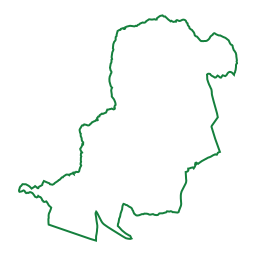 Teso North, Western, Kenya
{"feature_id": "3690345B58286800051126", "entity_name": "Teso North", "entity_type": "district", "adm_level": 2, "iso_a3": "KEN", "parent_name": "Kenya", "parent_adm1": "Western", "projection": "natural_earth1", "projection_center": [34.335, 0.681], "detail": "fine", "context": "isolated", "style": "outline", "palette": "green", "viewbox_px": 256, "rotation_deg": 0, "n_neighbors": 0, "source": "geoboundaries", "source_scale": "gbopen_adm2", "svg_char_len": 5771}
<svg xmlns="http://www.w3.org/2000/svg" viewBox="0 0 256 256"><path d="M219.9,151.9L215.2,138.8L211.5,126.8L211.8,125.8L217.8,117.3L217.0,113.3L213.6,101.2L212.0,95.0L211.8,93.4L211.8,92.1L211.5,89.9L211.2,88.9L210.7,88.0L209.7,85.7L209.2,84.8L208.2,82.2L207.3,79.4L207.2,78.0L207.2,76.7L207.0,74.6L207.8,73.9L208.9,73.7L210.1,74.0L210.8,75.0L211.8,75.8L213.0,76.4L214.9,77.6L215.9,77.4L217.6,75.6L218.3,76.0L220.3,77.6L221.2,77.5L221.8,76.4L222.7,75.3L225.2,76.1L226.2,75.4L226.8,74.7L227.5,73.4L228.5,72.4L229.5,71.9L230.7,72.0L231.9,72.6L232.7,73.3L233.2,74.0L234.0,74.8L234.2,73.7L235.1,72.0L235.2,71.1L235.6,70.0L236.0,66.9L236.0,65.0L236.3,64.1L237.0,63.3L236.9,62.4L236.6,61.5L236.9,60.4L236.3,56.1L236.3,55.1L235.8,53.0L234.5,50.9L233.8,50.2L233.0,47.9L232.7,46.8L232.6,45.8L232.1,45.1L231.0,44.6L230.3,43.8L229.8,42.9L228.7,40.4L225.9,38.2L224.7,37.5L223.7,37.2L220.1,35.4L219.1,35.5L218.2,35.2L216.1,34.3L215.2,33.6L214.2,33.2L213.2,33.9L212.6,34.9L211.6,35.5L210.4,36.6L209.4,38.5L208.7,39.3L207.9,40.0L206.9,40.7L205.9,41.0L204.0,41.0L203.1,41.2L202.0,41.0L201.2,41.1L200.2,40.4L197.1,36.7L195.8,36.2L194.8,35.4L194.5,34.1L194.1,32.9L193.5,31.9L192.8,31.1L191.9,29.9L190.6,29.2L189.5,28.2L189.3,27.0L188.8,26.3L188.0,25.4L187.6,24.4L187.6,23.4L186.6,22.6L185.9,20.9L185.2,20.2L184.0,19.7L182.9,19.7L182.2,19.9L180.4,20.8L179.3,21.0L177.0,20.1L176.1,20.6L175.9,21.7L174.8,21.6L173.6,21.9L172.4,21.5L171.4,20.8L170.5,21.3L169.7,20.5L168.6,19.8L165.0,16.4L164.1,16.6L163.3,16.2L162.6,15.4L160.2,15.9L159.1,16.6L156.9,18.3L156.7,19.5L155.5,19.6L154.5,19.2L152.0,19.6L149.1,19.3L146.1,21.3L145.5,22.2L144.7,22.6L143.8,22.7L142.6,22.5L140.0,23.6L139.3,24.4L137.9,24.9L136.8,26.0L135.6,25.8L134.7,26.3L133.7,26.3L132.5,26.1L130.0,25.8L127.6,26.4L126.8,26.6L125.1,27.4L125.2,28.4L124.6,29.0L123.8,28.9L123.2,28.1L120.9,28.9L120.4,29.9L119.5,29.9L117.6,31.0L116.6,34.8L116.6,36.0L115.8,36.9L115.6,38.2L115.7,39.3L115.4,40.4L114.1,42.0L113.3,44.3L113.2,45.2L113.1,46.1L112.9,48.4L113.4,49.3L113.2,50.3L112.3,52.3L112.1,53.6L111.6,57.2L112.1,59.1L111.5,59.7L111.5,61.2L111.3,62.7L110.7,63.6L110.0,67.7L110.6,70.4L111.4,71.5L111.4,72.8L110.8,73.6L110.6,74.5L109.7,76.7L109.4,78.9L109.5,81.5L110.7,85.9L111.4,87.0L112.1,87.7L111.5,88.8L111.2,90.6L111.8,94.7L111.8,96.6L114.0,99.4L114.6,100.8L115.2,102.3L115.5,103.6L115.6,104.9L114.9,105.5L114.3,107.4L114.9,108.1L114.6,109.0L113.7,109.4L112.8,109.1L111.8,108.6L110.6,109.0L109.4,109.2L108.5,109.6L107.3,109.6L106.1,112.5L102.8,113.9L102.0,113.6L99.7,115.2L99.4,116.4L98.3,116.5L97.0,118.2L97.5,119.0L97.7,120.1L96.9,120.4L96.1,120.0L95.1,121.0L93.9,121.4L91.8,122.5L91.3,123.3L90.0,124.3L89.4,125.1L88.7,125.4L87.7,125.4L86.4,124.9L84.2,124.4L83.4,125.4L82.3,125.3L81.7,126.0L79.7,129.4L79.6,130.2L80.1,132.8L80.8,133.7L80.6,134.7L80.8,136.4L81.4,137.5L81.7,138.8L81.7,139.8L82.0,140.7L82.5,141.7L83.2,142.3L83.1,144.4L82.3,144.2L82.1,145.5L81.5,146.8L80.2,148.9L80.5,150.0L80.9,150.9L81.6,151.8L82.1,152.6L81.0,153.2L80.8,155.4L81.3,156.4L80.9,157.4L80.8,160.7L81.1,161.8L80.6,163.2L80.6,164.5L81.2,165.3L80.8,166.4L80.2,167.3L79.4,169.9L79.3,170.8L78.9,171.6L78.0,172.1L76.1,171.8L75.1,172.7L74.4,172.4L73.4,172.6L73.7,174.1L72.5,173.3L70.1,174.2L69.3,175.3L68.2,174.6L66.3,174.6L65.5,175.1L63.3,176.6L62.9,177.3L61.9,177.4L59.5,179.9L58.7,180.1L58.0,180.9L54.7,183.1L53.9,184.0L52.5,184.7L49.9,184.2L49.4,183.3L47.5,182.6L43.9,181.0L42.5,183.6L42.2,185.0L40.5,186.0L39.4,186.5L38.6,187.2L38.3,188.1L37.5,188.1L36.8,187.4L35.1,186.1L34.5,186.7L31.6,188.6L30.7,187.6L29.6,186.5L28.5,185.7L25.9,184.3L22.5,184.2L21.2,185.9L20.4,186.5L19.8,187.5L19.6,188.6L19.2,189.5L19.0,190.9L19.5,191.8L20.7,191.6L21.9,191.3L22.9,190.7L23.7,190.4L24.5,190.9L25.5,192.5L26.2,193.1L27.1,192.7L28.0,193.0L28.8,192.8L29.4,192.2L30.6,192.2L32.3,193.0L33.0,193.7L33.6,194.6L34.3,195.4L34.9,196.6L36.7,197.4L37.6,197.0L38.2,195.9L39.3,196.8L40.4,197.1L41.1,197.8L42.1,199.5L42.3,200.4L43.0,200.8L43.5,201.7L44.6,201.9L46.3,201.4L47.0,202.3L48.0,203.9L48.5,204.9L49.4,206.0L50.4,206.8L51.2,207.6L50.8,209.1L49.7,212.0L49.2,212.9L48.8,214.1L48.6,215.7L48.7,218.0L48.4,218.9L48.4,219.8L48.5,223.2L48.7,224.6L90.3,238.9L96.0,240.6L96.1,236.2L96.6,233.7L97.0,231.0L97.1,229.0L97.3,227.6L97.3,225.4L96.4,219.8L96.1,217.1L95.6,214.2L95.6,213.0L96.2,211.7L96.9,212.5L101.6,221.6L102.6,223.0L103.8,224.2L105.3,225.3L107.9,227.1L112.0,229.7L122.3,236.1L125.9,238.2L128.1,238.7L130.4,238.9L131.5,238.5L131.0,237.8L130.6,236.6L130.1,235.8L128.6,235.2L127.8,234.6L126.5,233.9L125.2,233.0L121.9,230.3L119.2,227.3L117.8,226.0L117.9,224.7L118.1,223.5L118.5,222.7L119.2,218.5L119.7,217.6L120.1,216.4L120.6,213.6L121.6,210.7L122.1,209.4L122.4,206.7L122.7,205.5L123.5,203.9L124.6,204.2L125.8,204.9L126.9,205.1L129.4,206.8L130.3,207.2L131.4,207.9L132.1,209.0L132.5,210.1L133.1,210.9L133.4,211.9L134.2,213.7L134.9,214.2L135.6,214.9L136.4,215.4L137.6,215.5L139.2,215.2L142.0,214.1L143.6,214.1L144.3,213.6L145.3,213.7L146.6,213.7L147.9,213.9L148.8,214.4L150.0,214.7L153.0,214.1L154.4,214.8L155.7,215.0L156.8,215.1L157.9,214.9L159.4,213.4L162.7,213.3L164.0,212.9L166.2,212.3L167.0,211.3L169.5,211.6L170.8,211.2L171.7,211.5L172.8,212.2L173.5,212.1L177.5,212.6L178.5,212.2L178.9,211.1L179.7,208.9L180.8,206.1L181.1,204.9L181.2,203.6L180.8,198.4L180.8,195.5L181.0,193.6L181.6,191.4L185.7,183.4L186.1,182.2L186.3,180.6L186.1,178.9L185.7,172.0L186.5,171.8L187.6,171.4L188.3,170.5L188.2,169.5L188.2,168.6L189.2,168.5L191.0,167.8L192.9,167.4L193.7,168.4L194.9,166.6L195.1,165.8L195.5,165.0L196.4,164.1L195.2,164.0L195.4,163.0L196.2,162.6L198.1,163.8L198.7,163.3L201.8,161.1L208.4,157.5L209.3,157.3L210.9,156.6L213.2,155.2L214.2,154.8L215.2,154.3L216.1,154.7L217.0,154.6L217.3,153.7L217.9,152.8L218.9,152.2L219.9,151.9Z" fill="none" stroke="#15803d" stroke-width="2"/></svg>